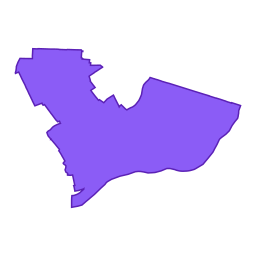 the district of Borcea, Calarasi, Romania
{"feature_id": "2599482B41605099855928", "entity_name": "Borcea", "entity_type": "district", "adm_level": 2, "iso_a3": "ROU", "parent_name": "Romania", "parent_adm1": "Calarasi", "projection": "natural_earth1", "projection_center": [27.773, 44.309], "detail": "fine", "context": "isolated", "style": "filled", "palette": "violet", "viewbox_px": 256, "rotation_deg": 0, "n_neighbors": 0, "source": "geoboundaries", "source_scale": "gbopen_adm2", "svg_char_len": 5179}
<svg xmlns="http://www.w3.org/2000/svg" viewBox="0 0 256 256"><path d="M86.8,200.8L87.1,200.6L91.8,196.6L94.8,194.1L95.3,193.5L95.7,193.2L96.7,192.2L99.7,189.3L100.8,188.2L101.8,187.3L104.9,184.5L106.3,182.6L107.5,181.6L111.5,179.3L119.9,176.2L128.1,174.3L135.4,171.7L138.4,171.4L140.8,171.5L143.9,172.0L147.4,172.8L147.8,172.9L148.6,172.9L152.4,172.7L155.0,172.5L158.0,171.7L161.0,170.9L166.8,168.5L170.0,168.5L174.4,169.5L175.2,169.7L175.8,170.0L176.7,170.3L178.4,170.7L179.9,171.0L180.9,171.1L182.2,171.2L183.2,171.2L187.3,171.0L188.0,170.9L189.9,170.6L192.2,170.0L194.2,169.4L195.4,168.8L199.8,166.2L203.0,164.3L205.4,161.4L208.0,158.3L212.9,152.2L214.1,149.9L214.6,148.8L214.7,148.7L216.3,145.8L217.1,144.3L219.2,139.8L219.8,138.9L221.7,137.3L222.8,136.5L225.9,134.2L229.3,130.8L232.0,125.7L232.4,125.1L235.0,121.5L237.6,118.4L238.1,116.5L238.3,115.0L238.6,113.5L238.7,111.6L238.7,110.8L240.6,105.6L240.4,105.5L238.9,105.0L231.7,102.7L231.6,103.1L231.4,103.1L231.2,103.0L230.9,102.9L228.8,102.2L228.3,102.1L228.0,102.0L227.3,101.8L226.7,101.5L226.0,101.3L225.6,101.1L225.4,101.0L223.4,100.4L222.7,100.1L221.3,99.7L220.9,99.5L220.2,99.3L219.6,99.1L219.2,99.0L218.2,98.7L216.3,98.1L216.2,98.2L209.9,96.2L208.4,95.7L208.5,95.6L205.8,94.8L205.7,94.8L205.4,94.7L193.1,90.9L192.5,90.7L168.6,83.2L167.9,83.1L167.3,82.9L166.9,82.8L166.5,82.7L166.2,82.6L162.9,81.6L162.6,81.6L161.9,81.3L161.7,81.2L160.6,80.8L159.0,80.3L157.7,79.8L157.2,79.7L155.1,79.1L154.4,78.8L153.8,78.7L151.7,78.0L150.1,77.5L149.9,77.8L149.0,79.3L148.0,80.3L146.7,81.5L145.7,82.4L144.2,84.2L143.8,84.7L143.2,86.1L143.0,87.0L142.5,88.5L141.5,94.6L140.0,98.2L138.8,100.6L138.0,101.6L135.6,104.6L134.5,105.6L132.5,107.0L130.7,107.7L128.2,109.0L126.9,109.9L125.5,109.0L122.6,106.1L121.9,105.5L121.6,105.2L121.3,104.8L120.7,105.2L120.4,105.3L120.1,105.6L120.0,105.9L119.6,106.3L119.2,106.9L118.8,105.9L118.0,104.3L114.9,98.2L113.7,95.6L113.4,95.1L109.1,97.8L107.1,99.1L106.8,99.4L103.8,102.7L101.9,101.4L100.3,100.3L99.6,99.8L99.5,99.7L98.5,100.3L97.0,98.4L95.1,96.1L92.2,92.3L90.8,90.4L92.2,89.4L93.2,88.8L94.4,88.0L95.1,87.5L94.6,86.9L94.2,86.3L93.0,84.8L90.8,81.9L90.2,81.1L90.3,81.0L90.4,80.9L90.4,80.7L90.3,80.4L90.2,80.0L90.0,79.1L89.5,77.6L89.1,76.4L89.1,76.2L90.5,75.2L93.5,73.2L94.4,72.6L94.5,72.4L95.9,71.5L96.0,71.5L97.5,70.5L101.1,68.1L101.8,67.7L102.4,67.3L102.6,67.1L102.1,66.6L101.1,65.9L100.3,65.2L93.9,65.3L92.8,65.3L92.7,65.3L90.5,65.3L90.7,62.8L89.3,62.8L89.6,59.7L87.2,59.5L83.5,59.2L82.4,59.1L82.7,58.6L82.2,58.3L82.0,58.0L81.8,58.0L81.3,57.8L81.7,51.4L82.8,51.5L82.8,51.0L82.0,51.0L81.5,50.5L81.5,50.4L81.4,50.0L81.2,49.9L75.9,49.8L67.6,49.5L67.4,49.5L66.7,49.7L65.9,49.7L60.7,49.5L59.9,49.5L59.6,49.5L59.0,49.3L58.4,49.3L57.8,49.2L54.6,49.1L51.2,49.1L39.5,48.7L38.2,48.7L38.2,48.8L37.3,48.9L32.8,48.7L32.8,49.4L32.7,49.6L32.7,50.6L32.6,52.2L32.6,52.6L32.5,54.2L32.4,55.3L32.4,58.6L23.4,58.5L20.0,58.4L18.0,62.2L16.8,65.3L16.7,65.6L16.5,66.2L16.4,66.3L16.4,66.5L16.3,67.6L16.3,68.1L16.0,70.2L16.0,70.5L15.9,70.9L15.7,71.6L15.4,72.5L15.4,73.0L15.5,73.4L16.8,72.8L18.3,72.3L18.7,72.1L19.0,72.6L19.4,73.6L19.9,74.6L20.3,75.4L20.5,75.8L20.8,76.5L21.0,76.9L21.4,77.8L22.1,79.3L22.8,80.6L23.1,81.2L23.2,81.5L24.0,83.0L24.6,84.2L25.0,85.0L25.3,85.7L26.2,87.9L26.6,88.7L27.0,89.4L28.0,91.5L28.3,92.2L29.1,94.0L29.6,94.9L30.3,96.4L30.9,97.6L31.3,98.6L31.6,99.1L32.1,100.1L32.4,100.9L32.7,101.5L34.6,105.3L34.7,105.6L34.8,105.8L35.3,105.7L36.5,105.2L38.2,104.6L40.8,103.6L42.0,103.2L42.1,103.5L42.2,103.9L42.3,104.1L42.5,104.4L42.8,104.8L43.1,105.2L44.5,104.6L44.9,105.2L45.8,106.3L46.4,107.2L46.9,107.8L48.1,109.5L49.4,111.2L50.5,112.7L51.1,113.6L51.5,114.0L55.5,119.4L55.7,119.7L55.9,120.0L56.4,120.4L57.0,120.9L57.1,121.0L57.2,121.4L57.3,121.5L57.5,121.7L57.7,121.8L59.2,121.3L59.5,121.2L60.0,122.5L60.2,123.0L60.4,123.4L59.6,123.6L58.9,123.8L58.1,124.2L57.3,124.5L56.8,124.7L56.4,124.9L55.2,125.5L54.6,125.8L53.5,126.5L53.0,126.9L52.5,127.3L52.1,127.8L51.3,128.6L51.1,128.9L50.7,129.4L50.4,129.7L50.3,129.8L50.0,130.0L48.3,131.0L47.8,131.4L47.8,131.5L47.6,131.7L47.2,132.2L46.9,132.4L46.9,132.6L47.7,134.9L48.1,135.7L48.2,136.0L48.4,136.3L49.8,137.9L50.6,138.8L50.8,138.9L50.7,139.0L50.8,139.1L50.9,139.3L50.8,139.5L51.0,139.5L51.3,139.7L51.8,140.2L52.2,140.7L53.9,142.7L54.3,143.2L55.1,144.1L56.0,145.2L56.2,145.5L57.7,147.3L57.9,147.6L59.4,149.3L59.4,149.5L59.3,149.9L58.8,150.8L59.0,150.9L59.4,151.5L59.7,152.0L60.0,152.5L60.8,153.8L61.9,155.7L61.9,155.8L62.0,156.0L63.1,157.8L63.3,158.2L64.2,159.8L64.9,161.0L64.0,162.1L63.2,163.1L63.3,163.5L64.0,164.3L65.4,165.2L65.9,165.9L65.8,167.6L65.6,168.3L65.1,169.7L65.2,170.3L65.5,171.0L65.7,171.8L66.2,172.4L67.5,173.2L67.7,173.7L67.8,174.1L67.6,174.6L67.4,174.8L67.4,175.0L67.5,175.1L70.1,175.3L70.3,175.3L71.1,175.2L72.6,175.0L74.8,185.4L73.7,185.6L73.8,185.9L74.1,187.0L74.9,191.1L78.5,190.5L79.1,190.3L82.4,189.3L83.6,189.0L83.7,188.9L83.8,188.8L83.8,189.0L83.7,189.1L83.7,189.3L83.3,189.6L80.4,192.2L79.9,192.7L78.6,193.5L77.9,193.9L77.1,194.3L76.4,194.6L75.2,195.0L74.0,195.4L73.4,195.5L71.9,195.6L71.7,197.8L71.6,200.4L71.6,207.3L73.3,207.0L77.8,206.2L82.0,205.0L85.3,202.1L86.8,200.8Z" fill="#8b5cf6" stroke="#5b21b6" stroke-width="1.5"/></svg>